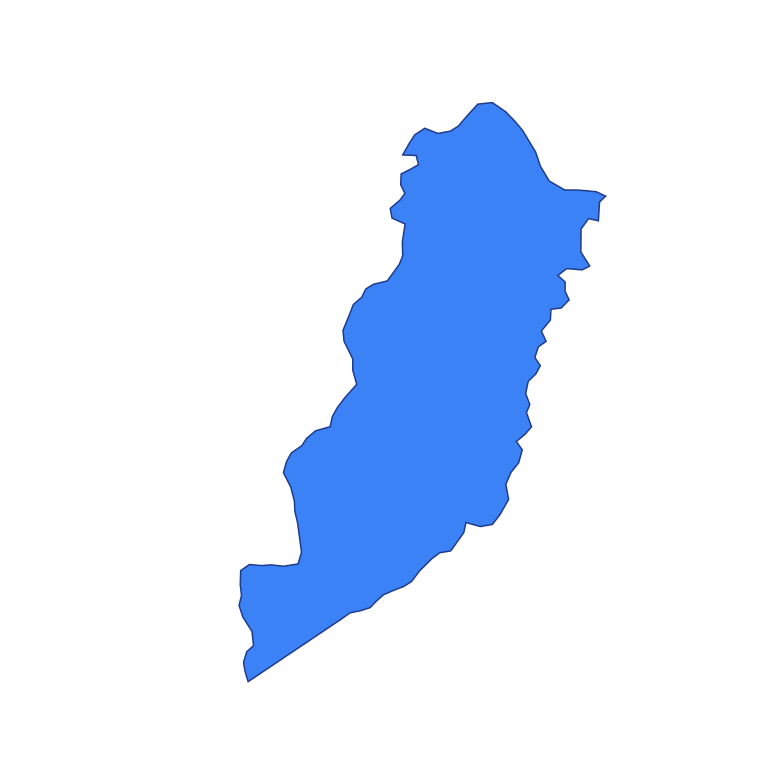 Doutor Camargo, Paraná, Brazil (Mercator projection), rotated 142°
{"feature_id": "56859067B60324698121117", "entity_name": "Doutor Camargo", "entity_type": "district", "adm_level": 2, "iso_a3": "BRA", "parent_name": "Brazil", "parent_adm1": "Paraná", "projection": "mercator", "projection_center": [-52.215, -23.569], "detail": "fine", "context": "isolated", "style": "filled", "palette": "blue", "viewbox_px": 768, "rotation_deg": 142, "n_neighbors": 0, "source": "geoboundaries", "source_scale": "gbopen_adm2", "svg_char_len": 1717}
<svg xmlns="http://www.w3.org/2000/svg" viewBox="0 0 768 768"><g transform="rotate(142 384 384)"><path d="M674.3,233.1L561.9,225.0L551.7,224.6L541.8,219.7L532.6,216.3L523.7,217.6L514.2,218.2L505.0,215.9L492.8,212.3L484.0,211.4L471.1,214.8L453.8,216.9L443.9,216.7L434.2,211.4L412.6,217.8L404.7,224.4L395.8,212.3L385.0,206.6L372.7,209.8L356.9,216.3L349.8,229.9L338.3,236.2L326.4,239.0L315.6,247.0L315.1,257.2L303.6,257.6L294.1,259.5L289.4,273.7L281.8,278.0L278.3,289.2L268.7,297.3L258.1,298.5L249.6,302.2L248.8,312.1L239.4,318.3L230.0,317.8L227.4,328.9L213.5,332.0L206.4,340.1L197.6,334.8L186.4,336.3L184.2,345.6L178.5,352.8L180.2,362.5L169.1,362.5L157.5,351.9L149.3,350.3L147.6,366.8L133.3,384.8L121.0,388.4L114.6,380.6L102.1,394.7L93.7,395.6L98.3,404.7L104.9,411.1L112.0,417.6L122.2,425.7L128.8,442.2L126.7,459.3L121.7,473.5L118.7,498.3L119.1,510.4L120.5,523.5L125.3,539.0L137.8,546.8L152.4,544.3L166.8,541.5L176.0,542.4L187.3,548.3L194.4,560.4L206.4,561.4L215.4,558.3L228.3,553.0L218.0,544.3L221.7,535.6L231.8,537.1L241.1,539.0L248.2,530.7L250.2,521.4L258.1,519.1L271.0,518.5L275.5,509.8L268.9,497.1L282.1,484.6L290.3,473.5L298.2,468.9L317.9,463.2L331.1,469.1L339.7,470.1L348.1,466.1L359.2,465.5L369.1,459.6L383.3,451.5L389.2,442.2L393.2,422.9L400.1,414.2L405.7,400.5L422.5,397.5L435.4,394.1L444.8,390.1L452.7,383.5L466.6,389.2L478.6,388.8L486.6,386.0L499.6,386.7L508.5,382.9L517.8,376.1L521.0,360.0L526.7,346.9L532.6,338.6L537.5,328.0L544.9,315.3L552.6,302.2L562.5,295.1L575.3,302.2L584.3,311.0L592.3,316.3L601.2,324.6L611.8,325.2L620.8,314.4L626.5,305.1L634.5,298.8L638.7,287.3L640.4,270.2L648.0,258.1L656.9,257.6L666.1,251.1L670.3,243.4L674.3,233.1Z" fill="#3b82f6" stroke="#1e3a8a" stroke-width="1.5"/></g></svg>